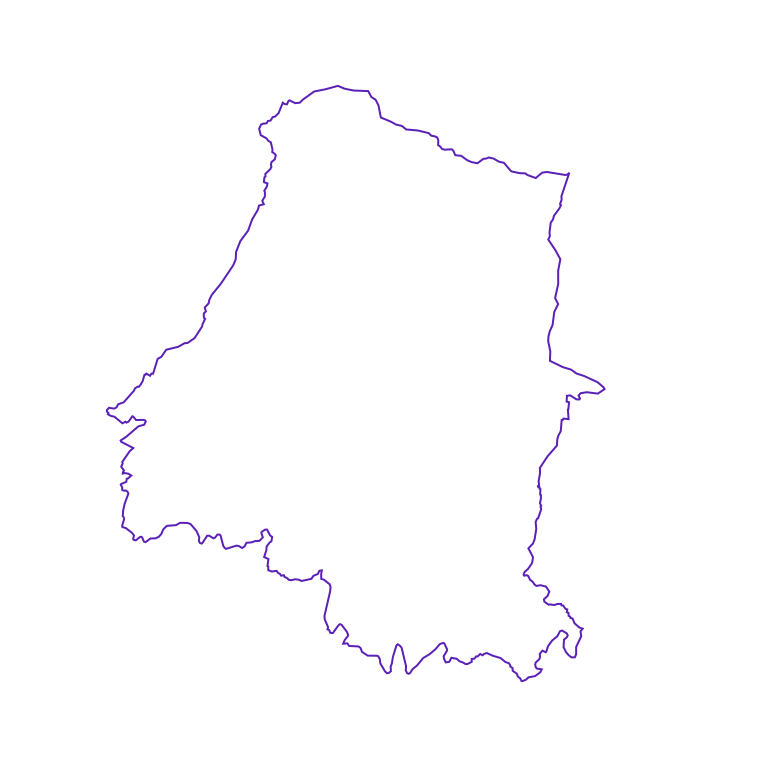 outline of Phichai, Uttaradit, Thailand, rotated 286°
{"feature_id": "78962969B15647652968597", "entity_name": "Phichai", "entity_type": "district", "adm_level": 2, "iso_a3": "THA", "parent_name": "Thailand", "parent_adm1": "Uttaradit", "projection": "albers", "projection_center": [100.068, 17.291], "detail": "fine", "context": "isolated", "style": "outline", "palette": "violet", "viewbox_px": 768, "rotation_deg": 286, "n_neighbors": 0, "source": "geoboundaries", "source_scale": "gbopen_adm2", "svg_char_len": 6166}
<svg xmlns="http://www.w3.org/2000/svg" viewBox="0 0 768 768"><g transform="rotate(286 384 384)"><path d="M595.0,193.6L589.3,196.9L587.7,203.3L585.9,205.7L585.1,208.6L578.6,212.2L576.2,212.6L574.9,216.1L574.0,216.9L569.9,217.1L566.3,214.7L563.8,214.8L561.8,215.9L559.2,215.5L553.2,212.0L550.8,212.9L549.8,212.1L545.7,212.7L544.9,213.1L544.7,216.7L541.6,217.0L536.7,215.7L535.8,216.6L531.3,217.8L526.5,216.5L523.7,218.9L521.0,214.6L517.1,214.8L505.9,211.9L494.0,211.1L481.7,206.5L470.2,205.4L462.9,207.1L456.4,206.3L435.6,199.6L422.0,193.8L416.4,192.9L413.2,193.2L408.1,190.6L404.7,192.8L402.3,191.4L400.7,191.7L397.9,192.8L397.3,194.1L391.4,193.1L389.2,193.3L376.0,189.3L369.2,183.8L368.3,181.1L363.1,176.0L356.9,165.2L348.8,162.5L345.7,159.5L330.3,159.2L329.9,157.6L327.4,156.8L328.5,152.6L327.1,152.1L326.9,151.2L320.3,151.2L316.1,150.2L313.7,149.1L313.7,148.1L311.4,146.0L308.2,145.3L294.6,138.8L291.2,134.0L288.3,133.5L286.6,132.3L285.8,130.6L285.4,126.3L282.5,124.8L281.1,125.3L280.1,127.2L278.8,126.9L278.1,130.0L278.2,134.0L274.1,143.4L276.5,145.8L275.9,147.1L277.4,148.8L283.6,151.0L283.4,152.2L281.0,155.6L283.2,162.6L283.2,164.4L282.4,165.3L278.9,164.8L275.5,159.5L262.0,150.6L257.1,146.4L256.0,147.3L253.3,160.7L249.4,158.1L237.0,153.9L235.7,154.7L232.1,154.2L229.2,157.9L227.1,157.3L225.9,157.6L226.9,159.1L227.3,163.0L226.4,166.3L222.6,163.9L222.1,162.8L218.9,163.2L215.5,159.0L214.6,158.7L212.7,160.7L210.0,161.6L209.7,163.4L210.4,164.6L209.9,167.0L208.3,168.5L197.5,167.7L190.9,168.1L185.0,169.3L184.2,170.5L182.5,171.4L175.4,171.4L174.4,172.0L174.3,175.7L171.4,182.9L169.5,185.4L165.7,185.6L165.2,186.5L165.3,188.5L169.8,191.7L170.2,192.7L170.0,193.7L166.3,196.6L166.3,198.4L171.2,202.2L172.6,206.9L175.2,209.7L178.5,211.3L183.5,211.9L187.8,214.4L191.0,223.0L194.3,226.2L196.3,233.5L196.0,236.8L190.8,244.5L185.7,248.7L182.1,249.3L180.5,250.8L180.3,252.6L180.8,253.2L189.4,255.8L190.0,257.9L188.6,262.6L189.7,263.9L193.4,265.4L193.9,267.4L193.3,268.7L184.1,274.1L182.4,276.2L182.0,277.6L188.0,286.8L188.2,289.3L187.2,292.9L189.6,294.8L193.4,295.5L195.4,300.6L197.5,303.4L198.9,307.5L203.2,309.8L207.1,307.1L208.1,307.1L211.3,309.9L211.8,311.7L207.1,316.2L206.1,318.7L201.7,319.1L200.0,317.7L195.5,316.0L192.0,316.7L184.6,316.5L183.9,321.1L176.8,322.2L176.7,323.0L173.1,324.1L172.8,327.8L174.8,332.3L173.3,334.0L172.8,336.2L171.4,338.0L172.6,340.4L171.2,341.5L170.7,344.5L169.5,346.3L169.8,348.8L171.8,352.4L172.4,356.1L171.9,359.0L176.7,367.9L180.1,369.0L183.2,372.8L186.7,373.4L187.7,375.6L183.9,376.0L179.4,377.4L179.3,380.2L176.5,387.0L174.1,388.6L169.7,389.4L144.5,390.7L141.3,392.0L134.8,397.3L132.6,397.3L132.4,399.1L130.0,401.0L130.5,403.5L139.7,406.8L141.0,407.9L140.9,409.5L135.7,416.5L133.2,418.5L131.8,418.8L127.0,416.8L123.1,416.3L124.6,420.4L122.6,422.6L124.7,432.0L123.7,434.3L120.4,436.7L118.4,443.2L120.8,452.0L120.7,453.6L118.4,455.8L114.4,457.5L108.1,464.1L106.8,466.6L107.5,468.2L109.8,469.8L114.2,468.3L117.6,468.6L123.9,467.8L136.1,468.0L137.6,468.9L136.7,471.6L135.2,473.7L119.0,482.9L114.7,483.9L112.4,485.9L112.2,487.5L113.1,488.6L118.0,490.2L122.6,493.4L131.4,497.2L136.7,502.2L143.3,506.6L149.3,509.3L151.5,512.3L151.2,513.5L146.3,517.8L145.1,518.1L138.8,516.4L136.4,517.5L133.4,520.1L135.0,523.4L139.4,524.2L139.9,529.7L138.3,532.9L138.0,537.0L137.2,539.6L138.0,541.6L141.1,544.9L143.8,544.1L144.9,546.6L147.6,547.7L148.0,549.2L151.0,550.9L150.4,553.6L152.1,554.6L153.7,557.0L152.8,563.4L152.7,571.6L150.2,577.4L150.0,581.1L148.3,583.0L147.2,583.3L146.4,585.9L143.7,586.8L142.2,591.5L139.7,593.3L138.6,596.0L136.4,598.1L136.6,599.1L138.8,601.9L141.9,603.8L144.8,609.7L149.8,613.6L153.2,614.3L152.6,609.3L153.9,607.7L155.9,606.7L158.1,606.6L162.2,609.1L164.5,609.2L167.7,608.1L171.4,609.9L170.7,613.2L171.2,613.8L177.0,613.9L183.7,616.3L189.4,620.2L194.8,621.3L196.1,623.0L194.7,628.4L193.1,629.9L190.8,629.5L188.0,627.5L180.6,629.1L176.5,632.8L174.3,636.1L172.9,639.6L173.9,642.8L177.1,643.2L184.1,641.2L195.9,643.1L200.4,641.1L203.6,642.4L203.8,638.7L206.5,633.1L210.6,629.8L210.4,627.8L211.7,627.1L212.0,625.4L214.9,624.4L215.0,622.6L217.8,622.3L217.9,620.4L220.5,617.2L220.1,615.6L221.4,614.8L220.4,611.5L218.5,608.6L217.8,604.0L217.2,603.1L219.0,598.1L221.2,597.1L225.4,599.7L230.0,600.1L233.9,595.6L233.7,589.8L231.9,586.2L232.7,584.0L234.9,581.4L236.0,578.4L239.2,575.6L239.6,574.0L238.4,571.6L239.2,570.7L242.1,571.0L245.9,573.4L251.9,575.5L254.2,575.6L258.7,574.9L265.8,568.1L271.7,571.2L276.2,571.6L286.7,570.3L293.2,567.8L296.5,568.2L297.5,569.2L306.9,569.6L309.4,568.3L310.0,568.7L312.6,566.7L316.6,566.5L320.4,565.5L320.7,564.6L326.1,563.3L326.2,562.4L327.7,561.9L327.4,560.7L328.3,560.1L329.3,561.0L333.4,559.4L341.1,558.6L346.4,557.0L359.7,561.2L372.5,567.2L378.7,565.8L382.2,565.8L387.4,566.9L398.5,564.7L398.9,565.8L400.2,566.0L401.1,571.1L410.2,567.8L410.5,568.2L417.5,566.9L417.4,564.4L423.1,563.1L424.4,566.1L422.3,573.2L423.0,576.1L424.1,576.4L426.5,574.2L429.3,575.5L432.0,581.2L433.7,592.2L439.8,597.4L441.4,595.8L444.6,588.8L446.9,573.7L447.1,566.2L449.4,559.9L449.5,551.3L452.0,537.1L461.1,534.9L470.5,530.0L475.0,529.0L480.5,528.8L487.1,529.8L500.3,527.8L508.8,529.4L513.8,524.8L528.1,523.9L540.9,520.2L552.6,519.1L560.0,511.7L568.1,502.1L571.8,502.7L575.4,501.3L585.1,499.8L588.8,501.1L592.5,501.0L601.2,504.2L604.7,504.8L605.5,503.6L610.0,504.0L613.4,502.8L638.1,503.9L636.1,502.7L634.9,500.8L632.7,482.1L630.7,477.7L623.8,473.1L624.4,464.3L625.4,461.7L624.1,456.5L623.5,448.6L623.8,447.1L629.7,438.3L629.4,433.3L630.9,427.1L630.6,422.2L628.8,420.0L627.9,417.5L622.0,413.0L621.4,407.1L622.1,402.2L624.6,395.3L623.6,389.4L627.1,386.6L628.3,384.5L625.9,377.5L626.0,375.0L627.9,372.3L628.5,370.2L633.3,369.0L635.6,367.2L636.1,364.4L635.7,361.1L637.5,357.8L637.0,346.5L634.8,335.1L637.0,330.1L636.7,324.0L638.0,318.7L639.3,307.5L650.3,301.9L654.9,297.6L656.4,292.7L661.2,288.1L657.7,273.7L657.0,264.3L657.9,257.6L650.9,246.0L645.9,236.2L634.7,227.4L631.2,225.5L629.5,221.3L630.6,214.9L629.9,214.2L626.1,213.6L625.7,211.5L626.5,209.2L615.4,208.0L611.1,205.6L609.8,203.4L605.9,202.3L604.8,199.9L602.2,199.3L601.1,196.3L599.5,194.3L595.0,193.6Z" fill="none" stroke="#5b21b6" stroke-width="2"/></g></svg>